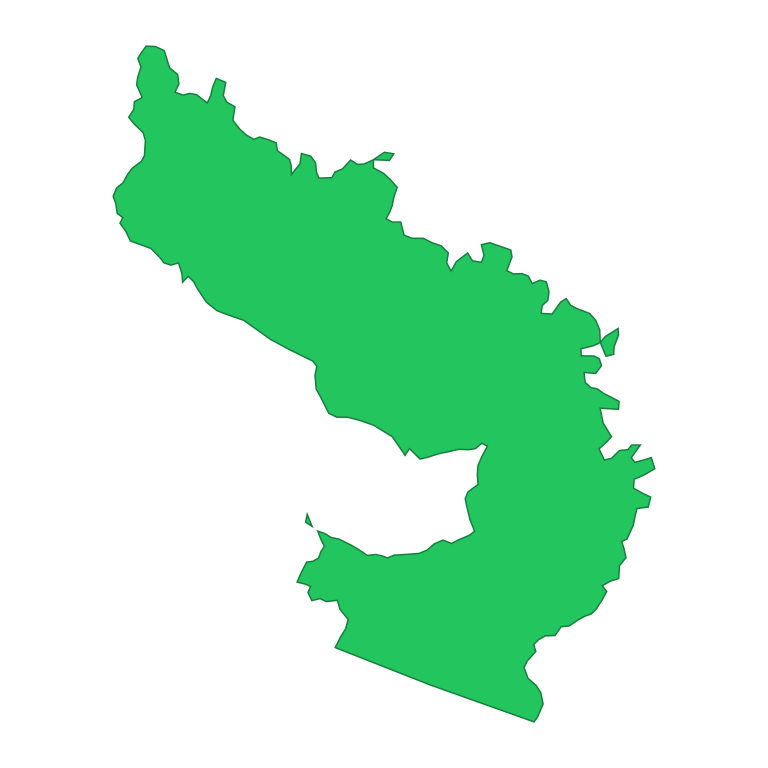 the district of Rosário do Ivaí, Paraná, Brazil
{"feature_id": "56859067B13040276916511", "entity_name": "Rosário do Ivaí", "entity_type": "district", "adm_level": 2, "iso_a3": "BRA", "parent_name": "Brazil", "parent_adm1": "Paraná", "projection": "mercator", "projection_center": [-51.205, -24.314], "detail": "fine", "context": "isolated", "style": "filled", "palette": "green", "viewbox_px": 768, "rotation_deg": 0, "n_neighbors": 0, "source": "geoboundaries", "source_scale": "gbopen_adm2", "svg_char_len": 3653}
<svg xmlns="http://www.w3.org/2000/svg" viewBox="0 0 768 768"><path d="M534.0,721.9L537.5,717.1L543.1,704.1L540.8,692.7L536.2,685.5L528.0,678.3L524.0,667.5L527.2,661.1L535.8,651.5L533.7,644.5L538.6,639.7L545.3,635.9L555.0,635.5L561.2,626.7L569.0,626.0L578.1,619.9L585.1,616.1L591.3,614.0L596.0,609.4L601.9,600.3L606.7,591.6L602.3,585.7L610.7,581.0L618.7,578.6L619.5,565.8L626.0,557.6L623.8,548.0L621.7,541.5L626.9,539.0L633.2,525.6L635.1,516.1L637.0,508.5L648.2,507.1L650.7,497.1L642.6,493.3L633.5,488.2L634.1,479.3L643.8,475.1L654.8,468.7L651.3,457.6L643.8,460.0L634.8,462.4L631.3,457.6L640.4,445.0L631.7,445.0L627.9,449.7L619.5,450.5L611.5,458.3L604.3,460.0L599.1,448.8L606.9,441.8L611.5,436.6L603.2,423.2L600.1,408.2L618.5,409.3L619.1,401.4L611.7,397.5L603.7,393.5L597.3,388.9L590.9,387.6L585.1,382.4L584.1,372.5L595.7,373.4L601.5,365.7L599.3,358.7L593.9,356.0L581.3,355.9L580.9,348.8L593.5,345.7L600.3,342.5L599.7,329.9L595.7,320.3L589.5,313.4L576.2,308.3L570.6,305.2L566.2,298.6L560.6,302.1L552.1,314.0L541.2,313.4L542.2,305.6L547.8,300.4L549.0,291.8L546.3,281.8L540.0,280.2L532.2,283.5L528.1,275.9L522.0,273.6L513.4,273.9L506.8,270.6L512.0,257.0L510.8,250.0L489.8,242.7L481.4,244.7L484.0,255.4L481.4,262.3L472.4,260.8L467.6,253.0L456.4,261.6L451.1,271.1L446.7,262.9L448.3,252.9L441.1,245.8L432.0,242.7L423.3,238.3L411.9,238.3L404.1,235.1L400.7,222.0L392.3,222.1L386.1,218.7L389.7,212.1L392.2,205.7L393.9,197.0L397.2,187.4L390.7,179.9L383.5,173.3L373.4,167.9L373.5,159.7L364.0,164.1L357.5,164.4L350.6,160.0L342.5,168.9L335.0,172.0L331.9,177.7L318.8,178.1L316.4,171.7L315.6,163.0L310.8,156.2L301.4,153.5L300.0,163.8L291.5,174.4L291.2,165.8L289.6,159.6L282.4,154.2L277.4,150.7L276.2,142.9L269.0,140.0L259.6,137.0L253.9,139.4L245.7,134.6L239.5,128.8L232.9,120.3L234.9,106.8L226.7,102.1L223.3,95.5L225.7,82.4L216.3,78.4L212.7,87.0L210.7,95.5L207.3,103.0L196.6,94.7L189.8,93.4L183.2,95.1L175.0,92.3L178.9,83.9L177.6,74.5L169.5,67.7L167.2,60.2L164.2,50.6L155.4,46.5L146.2,46.1L141.8,52.0L137.8,58.5L141.0,67.1L137.8,76.7L136.6,84.8L142.2,97.5L134.4,101.7L133.8,109.3L128.7,117.2L133.8,123.6L143.2,132.8L145.4,140.4L144.4,155.8L141.3,161.3L132.2,168.3L128.1,173.7L122.8,183.0L116.5,188.0L113.2,196.3L115.9,204.0L117.2,213.4L122.8,217.6L120.0,223.2L125.9,231.4L130.4,241.0L142.6,245.4L151.0,248.5L160.1,257.8L164.0,262.9L171.0,265.1L178.5,262.9L182.0,273.9L182.6,282.2L188.2,276.3L193.8,281.8L197.0,288.1L206.3,302.1L211.7,306.5L217.1,310.7L225.5,314.0L237.9,318.3L243.7,320.3L249.6,324.5L261.1,332.6L270.2,339.2L289.6,349.7L312.8,361.1L316.8,366.3L315.0,375.3L316.2,389.2L320.3,396.4L328.8,413.3L336.8,417.2L347.4,417.2L358.8,420.1L373.4,425.1L392.3,436.7L405.1,455.3L409.5,448.6L420.1,459.1L427.9,457.2L438.5,453.8L459.2,449.3L468.6,449.7L475.5,448.6L481.8,443.3L487.4,446.0L481.7,456.9L478.0,465.5L477.3,474.5L478.0,484.4L467.9,492.0L465.2,498.8L467.4,509.1L470.1,520.1L474.6,531.2L469.5,535.2L458.0,540.1L451.7,543.5L443.0,540.1L434.2,543.9L427.3,550.0L419.2,553.4L409.1,554.2L393.9,555.2L387.5,558.0L382.2,555.9L375.7,554.5L367.3,555.4L357.5,548.8L350.7,544.9L339.0,539.1L330.8,537.4L325.0,533.6L317.8,531.1L320.8,539.1L324.4,546.3L320.8,551.8L318.6,558.0L312.8,561.3L306.8,562.0L303.4,568.3L299.6,576.2L297.1,582.1L305.2,584.1L310.6,586.5L308.0,592.4L311.8,600.6L320.0,598.6L326.4,601.6L337.4,600.3L340.0,609.4L348.2,619.5L345.6,628.8L341.2,635.9L335.2,647.6L429.8,684.8L534.0,721.9ZM600.3,342.5L606.0,356.3L613.7,354.3L614.1,346.8L618.5,335.0L618.1,328.5L605.3,336.5L600.3,342.5ZM373.5,159.7L389.4,160.4L393.8,153.8L384.4,152.3L373.5,159.7ZM312.1,526.4L307.2,514.4L305.6,522.2L312.1,526.4Z" fill="#22c55e" stroke="#15803d" stroke-width="1.5"/></svg>